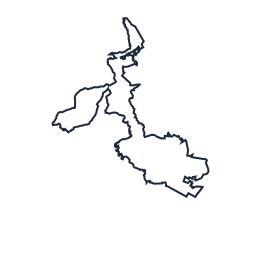 Poian, Covasna, Romania (Robinson projection), rotated 327°
{"feature_id": "2599482B85588216220472", "entity_name": "Poian", "entity_type": "district", "adm_level": 2, "iso_a3": "ROU", "parent_name": "Romania", "parent_adm1": "Covasna", "projection": "robinson", "projection_center": [26.168, 46.118], "detail": "fine", "context": "isolated", "style": "outline", "palette": "slate", "viewbox_px": 256, "rotation_deg": 327, "n_neighbors": 0, "source": "geoboundaries", "source_scale": "gbopen_adm2", "svg_char_len": 5860}
<svg xmlns="http://www.w3.org/2000/svg" viewBox="0 0 256 256"><g transform="rotate(327 128 128)"><path d="M171.1,208.7L172.1,207.8L173.0,205.9L174.4,199.7L176.6,198.0L175.9,196.1L175.6,196.2L165.5,187.1L167.5,185.5L164.9,185.3L162.6,183.4L166.2,179.6L169.1,171.9L169.5,171.7L169.6,169.4L165.5,169.3L166.6,168.7L166.4,168.1L166.5,167.9L167.4,167.6L167.3,166.1L165.7,166.3L166.1,162.3L165.0,162.5L162.8,158.7L160.3,159.2L158.5,157.7L159.4,157.6L159.1,154.0L158.1,154.6L157.1,156.7L154.6,154.6L153.1,156.7L150.2,154.8L149.6,153.8L148.7,153.1L148.6,152.3L147.4,150.9L147.1,149.7L146.1,148.0L144.5,147.2L144.5,146.7L137.3,144.8L137.3,144.0L137.5,142.9L139.1,141.2L139.4,139.2L140.2,136.9L142.0,136.0L142.4,134.5L142.5,133.8L141.8,133.2L141.9,131.7L139.4,129.7L140.2,128.3L139.6,126.0L140.5,124.8L140.3,123.7L139.6,122.7L141.2,122.0L141.5,120.3L140.9,118.5L141.9,117.7L142.1,116.8L143.6,116.0L143.7,115.4L143.2,114.2L143.7,112.8L143.2,111.3L143.6,108.2L144.0,107.4L143.8,105.7L145.3,104.5L146.4,104.3L147.8,105.4L149.5,103.9L149.9,102.6L149.8,100.9L150.1,99.1L151.7,98.3L153.3,99.6L153.7,99.6L153.7,98.9L154.2,98.2L158.9,98.5L159.0,98.1L159.5,97.9L162.2,98.2L158.8,96.3L155.5,95.1L153.1,93.3L154.0,92.2L154.2,91.1L151.5,80.9L155.2,79.5L154.5,78.4L155.5,76.9L156.6,74.2L157.5,73.7L158.1,74.7L161.2,76.4L168.4,77.9L168.9,78.3L169.5,80.0L170.6,79.1L171.1,78.2L170.9,76.2L169.5,76.4L169.1,73.9L170.1,73.6L170.3,72.7L169.8,72.3L170.3,71.7L170.7,72.0L171.2,71.6L172.2,69.8L170.8,69.9L169.8,68.0L168.6,67.3L167.6,67.4L167.7,66.7L167.0,66.1L164.5,66.5L163.0,68.3L161.9,67.9L162.5,67.3L162.0,67.0L162.6,66.4L161.1,65.6L160.6,66.0L160.1,65.7L160.4,64.7L165.0,66.0L168.9,65.5L170.8,66.2L171.7,66.1L173.1,67.0L174.0,66.5L174.7,66.6L174.8,66.2L178.1,66.3L181.2,65.5L181.1,66.9L178.2,67.0L176.4,66.6L176.1,67.0L175.2,67.1L175.0,68.5L174.5,68.8L174.8,69.0L174.6,69.6L174.9,70.1L174.5,70.5L174.1,70.7L174.3,71.1L176.2,70.0L178.9,70.0L179.2,69.7L179.1,68.9L183.5,68.4L184.6,68.7L184.7,66.8L185.0,66.5L185.3,65.0L188.4,63.9L189.3,46.8L187.2,43.0L187.5,40.7L187.1,39.8L187.0,36.8L186.6,35.1L184.0,33.5L183.7,33.6L183.3,34.4L184.0,34.7L184.1,35.2L183.6,35.7L183.3,35.3L183.0,35.7L183.0,36.1L182.3,36.4L182.5,36.7L181.9,37.0L182.1,37.2L181.4,37.6L181.7,38.5L181.1,39.4L181.7,39.8L181.2,40.7L181.3,41.3L180.7,42.0L181.2,42.4L181.2,43.2L180.6,44.8L181.1,45.7L179.6,48.2L179.0,50.2L179.0,51.1L176.9,53.8L176.8,55.0L176.2,55.5L175.3,57.9L175.4,58.4L174.4,59.5L175.0,59.9L174.9,60.4L172.8,62.6L170.9,62.0L168.5,62.1L167.3,62.5L165.9,61.7L164.8,61.9L163.9,61.5L162.4,59.8L159.2,59.3L157.5,57.7L156.6,57.7L155.7,57.1L155.7,56.3L154.8,56.1L152.6,56.3L155.7,58.3L155.2,60.6L156.1,62.7L152.4,61.6L151.7,59.9L150.9,60.2L150.4,59.6L149.7,59.8L149.0,59.4L147.9,60.1L146.6,62.0L146.8,62.4L145.9,63.8L146.4,65.2L146.6,67.7L146.4,70.7L145.7,72.8L146.5,74.7L146.0,76.0L143.2,79.0L143.2,82.2L142.8,82.8L136.1,82.4L134.8,81.3L134.8,80.4L134.4,80.0L133.3,79.4L131.3,80.0L129.9,79.8L127.4,78.1L125.3,77.7L121.3,75.1L119.5,75.0L116.9,73.9L115.6,73.9L114.3,71.7L113.2,71.0L110.2,70.9L109.0,70.4L103.3,71.4L101.4,72.2L99.7,73.7L99.0,75.6L96.2,79.9L95.3,80.8L95.1,81.5L94.4,81.6L94.2,82.1L91.8,80.9L89.6,80.7L87.3,79.8L81.2,78.8L79.3,77.4L77.7,77.4L74.3,79.3L73.4,80.5L69.6,82.4L68.0,82.5L67.2,83.3L66.7,84.8L68.9,85.6L70.4,86.7L72.1,86.6L73.0,87.7L72.6,89.5L71.4,90.5L72.4,93.0L72.3,94.1L72.9,95.1L73.6,95.3L74.0,94.9L73.7,93.9L74.3,94.1L75.1,95.8L75.5,99.1L78.0,99.0L78.8,99.3L79.9,98.8L80.6,99.4L81.9,99.2L82.6,98.2L84.4,98.5L88.1,100.1L88.9,100.1L90.9,101.1L94.0,101.9L95.6,102.9L97.5,103.3L99.8,102.0L102.4,101.8L102.7,101.1L106.8,99.7L109.4,98.2L112.6,95.1L115.0,93.3L114.8,91.2L117.0,90.3L121.1,89.4L122.5,88.1L123.6,87.8L126.2,85.1L131.0,84.8L132.5,84.1L132.3,84.4L133.0,86.4L132.6,89.2L130.7,89.8L127.1,89.8L126.2,91.1L126.0,92.4L124.4,95.8L124.2,98.0L119.8,100.6L118.4,101.0L118.1,101.7L118.2,102.4L117.5,103.0L119.2,104.4L120.1,105.9L123.1,106.6L125.5,107.9L127.2,109.8L127.7,111.9L128.0,112.4L129.4,113.5L129.7,114.4L130.5,114.6L131.3,115.7L131.3,116.6L130.9,117.5L127.4,119.4L127.6,120.5L128.3,121.2L128.7,122.3L130.9,122.6L130.3,123.6L129.4,126.4L130.4,127.4L129.8,128.7L128.9,129.1L127.3,131.1L127.2,131.4L127.5,131.5L127.0,131.8L126.6,132.8L127.1,133.0L126.4,133.3L126.2,135.3L127.0,135.4L126.6,136.4L125.5,136.8L124.3,136.4L123.6,136.7L122.5,136.5L119.0,135.6L118.4,134.9L116.3,134.3L113.6,134.3L112.9,134.8L112.5,134.5L111.6,134.9L111.2,134.4L109.4,134.3L109.0,134.4L109.1,134.8L108.5,134.8L108.6,135.4L107.7,135.3L107.1,136.0L109.6,137.2L108.2,137.8L109.7,138.4L109.5,139.6L108.4,140.0L108.0,140.6L107.4,140.1L106.4,140.0L105.8,140.4L106.1,141.5L107.1,142.4L107.3,143.1L106.6,143.7L106.9,145.2L105.6,145.0L105.1,146.1L106.3,146.6L108.2,146.0L108.2,146.4L108.2,147.6L107.6,148.5L105.8,150.1L106.7,151.4L108.5,149.8L110.9,150.9L111.9,153.5L111.8,154.6L112.1,155.5L110.8,157.0L110.6,157.9L111.7,159.2L111.7,159.6L112.3,160.0L112.5,161.4L111.8,163.3L111.9,164.5L114.8,168.2L115.1,168.9L115.1,169.7L116.2,169.9L117.7,171.1L118.1,171.8L117.6,172.4L118.4,172.6L118.5,173.1L119.1,172.8L119.1,173.2L117.9,174.0L117.8,175.4L116.8,176.0L115.8,176.0L115.4,176.5L115.5,177.4L114.3,179.4L114.2,181.9L114.6,183.0L113.9,184.0L115.6,183.4L115.9,183.9L117.5,184.2L117.7,184.6L117.0,185.0L117.2,185.4L116.8,185.6L116.8,185.8L118.4,187.1L119.3,188.7L126.3,193.0L126.9,193.0L127.1,192.5L129.8,194.2L129.5,195.4L128.3,197.2L129.2,198.1L139.2,216.6L139.6,217.4L143.1,215.6L146.9,222.5L151.1,220.5L151.3,220.8L158.4,218.2L156.9,216.7L153.3,214.2L150.5,213.6L149.7,213.8L149.3,212.8L150.2,212.3L148.9,210.4L150.5,209.4L150.8,209.7L151.9,209.4L151.6,208.1L152.1,207.8L151.0,206.1L148.3,206.8L145.6,203.0L149.3,200.0L151.1,203.8L152.5,202.8L154.5,206.0L155.5,204.4L158.2,205.5L156.5,207.3L155.9,208.6L156.1,208.8L162.2,210.0L165.8,208.1L168.7,209.4L171.1,208.7Z" fill="none" stroke="#1e293b" stroke-width="2"/></g></svg>